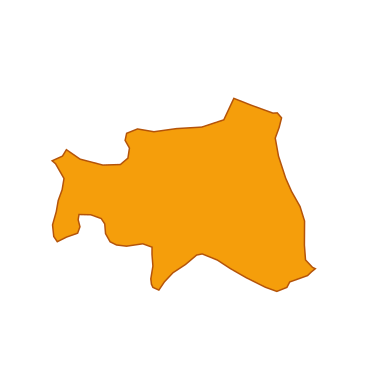 an SVG outline of Saraj, rotated 290°
{"feature_id": "MKD-2908", "entity_name": "Saraj", "entity_type": "Municipality", "adm_level": 1, "iso_a3": "MKD", "parent_name": "North Macedonia", "parent_adm1": "", "projection": "orthographic", "projection_center": [21.223, 41.991], "detail": "fine", "context": "isolated", "style": "filled", "palette": "amber", "viewbox_px": 384, "rotation_deg": 290, "n_neighbors": 0, "source": "natural_earth", "source_scale": "10m", "svg_char_len": 1056}
<svg xmlns="http://www.w3.org/2000/svg" viewBox="0 0 384 384"><g transform="rotate(290 192 192)"><path d="M173.5,49.9L181.4,58.0L188.8,59.5L184.6,75.6L186.8,99.0L193.3,115.3L201.9,120.2L211.9,118.2L217.6,111.5L224.8,110.5L232.6,119.2L235.6,135.6L246.3,155.8L256.3,178.9L270.7,197.2L294.3,199.3L293.8,217.8L293.8,241.1L295.5,245.1L292.3,250.8L282.4,251.8L271.1,251.8L255.3,261.0L237.1,275.2L226.6,285.3L215.3,298.5L203.2,307.7L180.5,315.8L167.0,321.9L162.4,331.0L162.1,334.1L157.9,331.6L153.0,329.2L140.9,314.6L134.8,313.8L127.6,305.7L127.6,293.5L130.0,272.4L133.1,254.5L136.7,239.1L137.3,222.8L134.3,217.9L121.7,210.7L109.6,201.7L98.1,196.8L88.5,194.4L88.6,193.1L89.0,187.9L91.5,185.4L96.3,183.0L109.0,180.6L119.8,175.7L126.5,173.3L126.5,163.5L118.7,149.0L116.4,139.2L117.2,132.1L123.3,125.0L132.2,120.9L136.0,115.8L136.0,104.7L132.2,93.5L127.0,94.5L121.0,98.6L114.2,98.6L106.7,89.5L99.2,82.4L102.9,77.3L113.4,72.2L127.0,71.2L138.3,69.2L149.6,69.2L160.9,67.1L171.9,54.1L173.4,50.1L173.5,49.9Z" fill="#f59e0b" stroke="#b45309" stroke-width="1.5"/></g></svg>